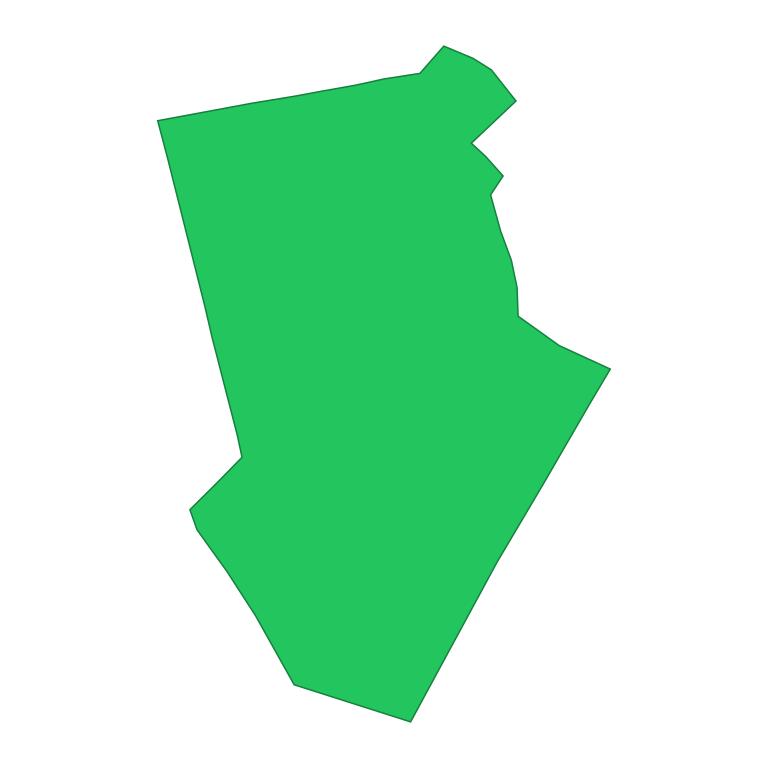 Iguaba Grande, Rio de Janeiro, Brazil
{"feature_id": "56859067B51771199201484", "entity_name": "Iguaba Grande", "entity_type": "district", "adm_level": 2, "iso_a3": "BRA", "parent_name": "Brazil", "parent_adm1": "Rio de Janeiro", "projection": "natural_earth1", "projection_center": [-42.216, -22.83], "detail": "fine", "context": "isolated", "style": "filled", "palette": "green", "viewbox_px": 768, "rotation_deg": 0, "n_neighbors": 0, "source": "geoboundaries", "source_scale": "gbopen_adm2", "svg_char_len": 592}
<svg xmlns="http://www.w3.org/2000/svg" viewBox="0 0 768 768"><path d="M255.6,615.8L294.2,684.8L410.6,721.9L497.1,562.1L543.5,483.7L566.4,444.1L589.6,404.0L610.3,369.1L559.2,345.6L518.1,316.2L517.1,287.7L511.4,260.4L500.6,231.0L490.6,194.8L503.1,176.0L485.6,156.4L471.3,143.2L516.0,101.0L491.4,69.9L473.1,58.4L443.8,46.1L419.9,73.4L384.2,78.9L354.9,85.3L323.8,90.8L293.5,96.4L252.0,103.2L157.7,120.7L167.7,158.6L205.2,307.7L212.0,337.1L237.4,435.6L242.0,457.3L217.4,482.4L189.9,509.7L197.0,529.7L209.2,546.8L226.7,571.1L255.6,615.8Z" fill="#22c55e" stroke="#15803d" stroke-width="1.5"/></svg>